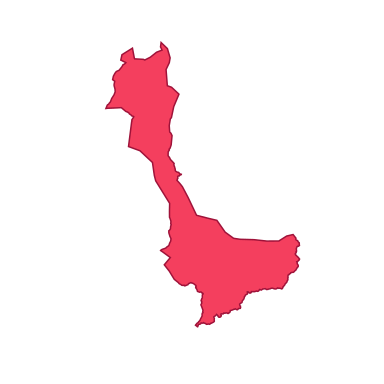 outline of Sagsai, Bayan-Ölgiy, Mongolia, rotated 300°
{"feature_id": "93677404B38379350296710", "entity_name": "Sagsai", "entity_type": "district", "adm_level": 2, "iso_a3": "MNG", "parent_name": "Mongolia", "parent_adm1": "Bayan-Ölgiy", "projection": "mercator", "projection_center": [88.996, 48.517], "detail": "fine", "context": "isolated", "style": "filled", "palette": "rose", "viewbox_px": 384, "rotation_deg": 300, "n_neighbors": 0, "source": "geoboundaries", "source_scale": "gbopen_adm2", "svg_char_len": 5993}
<svg xmlns="http://www.w3.org/2000/svg" viewBox="0 0 384 384"><g transform="rotate(300 192 192)"><path d="M191.8,181.0L193.3,177.2L194.6,173.1L195.3,173.1L195.9,172.8L196.9,172.9L197.5,172.3L198.4,171.8L198.7,171.9L199.2,172.3L199.3,172.8L199.9,172.9L200.2,173.1L200.8,173.0L201.1,173.5L201.7,174.0L202.0,173.9L201.6,172.2L201.7,171.8L202.2,171.1L202.3,170.6L201.9,169.4L201.8,168.8L201.9,167.4L202.2,166.8L203.6,165.9L204.0,165.3L205.0,164.5L205.4,163.8L206.8,162.5L207.8,162.2L209.4,157.0L210.7,155.2L211.2,153.7L211.7,153.0L214.9,151.3L216.9,151.4L217.5,151.1L217.6,150.8L218.0,150.8L219.0,151.1L222.4,150.4L230.5,146.7L230.9,146.5L232.4,144.3L232.8,142.7L238.1,139.1L244.4,136.7L246.1,137.0L256.8,133.5L270.2,131.8L272.5,121.9L271.7,117.5L285.1,108.3L292.6,107.7L297.2,106.0L303.9,99.0L306.0,90.5L301.9,92.2L299.9,95.1L295.3,91.4L287.9,88.5L282.7,85.1L282.6,83.6L278.6,75.7L279.0,75.2L286.8,68.5L275.9,62.7L270.6,64.4L271.0,70.0L270.4,70.0L269.1,69.5L268.0,68.9L267.8,68.6L265.6,68.7L261.0,68.0L258.5,66.2L256.2,65.9L253.0,66.0L249.6,67.1L249.3,69.7L246.3,70.7L245.1,71.4L242.6,73.9L240.3,75.4L238.2,75.7L237.5,75.9L232.8,75.7L229.8,76.2L228.7,76.2L227.6,75.9L226.5,75.9L226.0,75.7L225.4,75.3L224.7,75.2L221.3,75.7L222.5,77.3L225.7,82.4L229.7,88.6L228.7,94.4L228.9,95.9L229.1,96.3L229.0,96.5L228.9,96.7L228.9,97.5L228.9,97.8L228.3,98.8L228.3,100.1L228.2,100.8L227.8,101.6L228.0,102.7L228.2,103.4L228.2,103.8L227.7,104.0L224.6,103.8L224.3,103.9L223.7,104.2L223.5,104.5L222.7,104.6L199.6,114.3L201.7,126.3L197.8,143.0L187.5,151.1L183.5,155.0L171.0,178.3L163.9,182.2L158.8,185.2L158.2,186.1L156.2,188.3L154.7,189.1L153.8,189.5L153.5,190.2L151.3,190.8L149.2,191.8L147.5,191.6L146.9,191.3L145.6,192.0L145.0,192.5L144.5,192.9L143.5,194.1L142.9,194.6L141.0,197.2L138.8,198.1L136.3,198.2L135.0,198.6L133.7,198.6L131.8,197.7L130.3,197.3L129.3,196.5L127.5,194.9L126.3,194.2L125.6,194.1L125.5,195.9L124.4,206.0L115.1,204.4L112.1,211.9L107.5,220.3L106.7,225.6L106.4,226.2L106.2,226.8L106.3,228.7L106.1,229.6L106.2,230.2L106.7,230.8L107.4,232.1L107.0,232.3L107.1,232.7L107.5,233.1L109.2,234.4L109.6,234.8L111.0,234.8L111.7,235.6L112.6,235.9L113.1,236.7L112.9,237.0L113.2,237.5L113.4,238.5L113.3,238.9L113.4,239.7L113.1,241.1L113.1,241.9L113.0,242.1L112.6,242.5L112.3,242.5L111.9,242.7L111.8,242.9L111.6,242.7L111.3,242.8L110.7,243.5L110.2,244.7L109.7,245.4L108.7,246.4L108.7,246.9L108.9,247.7L108.9,248.3L109.2,249.0L109.8,249.4L109.9,249.7L109.9,250.2L109.8,250.8L109.4,251.4L109.7,251.6L109.7,252.2L109.6,252.4L108.9,252.6L108.2,252.4L107.8,252.5L105.4,253.9L104.5,253.8L103.4,254.1L102.8,254.0L102.5,254.6L102.0,254.8L101.9,255.3L101.4,255.4L100.7,256.0L100.3,256.1L99.1,256.0L98.4,256.5L97.9,257.3L95.1,260.6L93.6,261.2L93.1,261.8L92.6,261.8L92.2,261.5L91.2,261.8L90.2,262.5L89.2,262.8L85.8,262.9L85.0,263.1L83.9,262.9L83.0,262.6L82.0,262.6L80.9,262.0L78.4,261.6L78.3,262.0L78.3,262.9L78.0,263.9L78.0,264.1L78.1,264.3L78.3,264.3L80.3,263.9L81.1,264.4L81.3,264.8L81.5,265.0L82.5,265.5L83.2,265.4L83.5,266.3L83.8,266.9L84.6,267.3L84.4,267.7L84.4,268.0L84.7,268.4L84.7,268.9L84.9,269.6L84.6,270.4L84.6,270.6L85.0,271.2L86.0,272.4L86.2,273.3L86.8,273.7L87.4,273.9L87.7,273.9L87.9,274.3L89.9,275.6L90.9,276.0L91.4,275.9L92.4,275.1L93.5,274.7L93.9,274.3L94.3,273.6L95.0,273.3L96.5,274.2L97.4,274.4L98.3,274.5L97.8,276.3L97.3,276.7L97.2,277.0L97.0,277.9L97.3,278.5L98.1,279.2L99.3,279.3L99.6,279.2L99.9,278.6L100.8,278.1L101.2,278.4L101.9,279.9L102.3,280.0L103.0,280.0L103.3,280.4L103.3,280.9L103.5,281.2L104.2,281.8L104.8,282.7L104.6,283.3L104.9,284.1L105.4,284.3L105.8,284.3L106.2,284.8L106.7,284.9L107.4,284.9L108.5,284.4L109.6,285.7L110.2,286.0L110.6,286.5L111.3,286.8L111.6,287.4L112.5,287.9L112.4,289.0L112.5,289.7L112.8,290.3L113.4,290.5L114.3,290.4L114.6,291.0L115.4,292.0L116.2,291.9L116.8,291.3L117.4,291.1L117.5,290.3L117.7,290.1L118.7,289.3L119.8,289.6L120.9,290.4L121.4,290.5L122.8,290.0L123.3,290.1L125.0,290.4L126.7,290.1L127.7,289.7L128.2,290.0L129.5,289.8L131.2,290.9L131.4,290.9L131.6,290.9L133.2,289.8L133.4,290.1L133.3,290.4L133.6,290.7L133.6,291.2L133.4,291.4L133.5,291.5L133.4,291.9L133.3,292.0L133.2,292.2L133.4,292.4L133.6,293.0L134.1,293.0L134.4,293.5L135.1,293.3L135.4,293.6L135.6,293.4L135.9,293.9L136.2,294.9L136.8,295.3L137.0,296.2L137.6,296.6L138.5,297.4L138.6,298.2L138.9,298.6L139.3,299.0L140.1,299.3L141.3,299.2L141.6,299.8L141.6,300.9L142.4,301.4L143.3,301.7L143.5,302.1L144.3,302.9L144.6,303.6L144.9,303.7L144.9,304.3L144.8,305.0L144.8,305.3L145.3,305.8L145.5,306.4L146.1,306.7L147.0,307.8L147.4,308.2L147.9,308.4L148.5,309.1L149.1,310.1L149.1,311.0L149.3,311.3L149.4,312.0L149.9,313.0L150.4,313.5L151.3,314.0L151.6,314.1L151.5,314.3L151.6,314.2L151.9,314.6L152.0,315.3L152.3,315.6L152.5,316.0L152.9,317.6L152.6,317.9L152.9,317.8L152.9,318.1L153.2,318.2L153.4,318.5L154.4,318.5L155.2,318.2L155.7,318.5L156.5,318.5L157.9,318.8L159.0,318.6L160.3,319.0L161.5,319.2L163.0,318.8L163.8,319.0L164.7,318.5L165.0,318.2L165.4,317.9L165.8,318.0L166.2,317.8L167.1,317.1L168.3,316.8L169.0,317.4L169.8,317.3L170.0,317.6L170.7,318.0L171.5,317.9L171.9,318.4L172.4,318.7L172.9,319.7L173.3,320.0L174.0,320.3L175.5,320.6L176.3,321.0L177.6,320.9L178.2,321.0L178.8,320.9L179.7,321.0L180.4,321.3L181.7,320.6L182.3,319.4L182.4,319.0L183.2,318.6L184.0,317.6L184.6,318.2L185.3,318.4L185.9,318.5L186.4,318.8L186.8,318.6L187.7,318.7L188.0,317.7L188.5,317.0L188.4,316.5L188.8,315.8L188.8,315.4L189.1,314.3L189.2,313.6L189.4,313.5L189.4,313.0L190.2,312.3L191.4,312.5L191.9,312.4L192.1,312.1L192.3,312.3L192.6,312.3L193.9,311.6L194.1,311.3L195.4,310.5L195.6,310.6L196.2,310.5L197.0,310.3L197.7,310.4L197.9,310.9L198.3,311.3L199.4,311.8L199.7,311.6L200.6,310.8L201.2,310.6L201.7,310.1L201.7,309.6L202.1,308.6L202.3,308.1L202.7,307.8L202.5,306.6L202.7,305.8L203.0,305.5L204.0,305.1L205.7,300.8L201.2,296.0L193.0,291.7L186.9,281.3L181.7,269.5L175.1,257.3L172.7,251.2L173.8,240.8L179.9,227.7L177.2,218.7L174.1,207.6L185.2,191.5L191.8,181.0Z" fill="#f43f5e" stroke="#9f1239" stroke-width="1.5"/></g></svg>